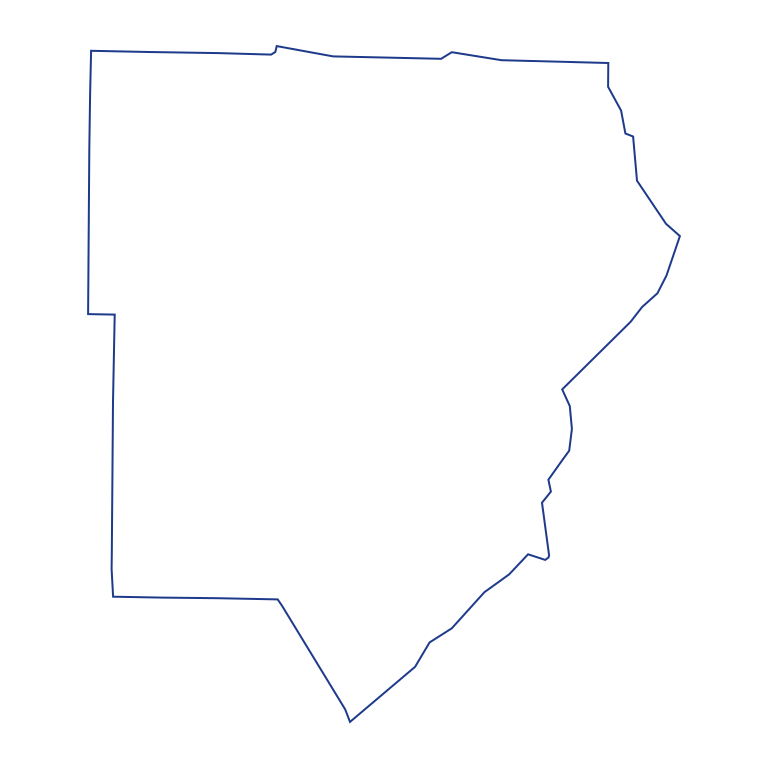 Cobb, Georgia, United States of America (Natural Earth projection)
{"feature_id": "52423323B33161385317476", "entity_name": "Cobb", "entity_type": "district", "adm_level": 2, "iso_a3": "USA", "parent_name": "United States of America", "parent_adm1": "Georgia", "projection": "natural_earth1", "projection_center": [-84.542, 33.913], "detail": "fine", "context": "isolated", "style": "outline", "palette": "blue", "viewbox_px": 768, "rotation_deg": 0, "n_neighbors": 0, "source": "geoboundaries", "source_scale": "gbopen_adm2", "svg_char_len": 789}
<svg xmlns="http://www.w3.org/2000/svg" viewBox="0 0 768 768"><path d="M91.1,50.8L90.1,94.7L89.3,149.6L88.1,314.1L114.7,314.6L113.0,402.0L111.8,554.0L111.6,568.9L113.1,596.7L162.0,597.6L217.5,598.2L277.7,599.4L282.1,605.9L345.2,709.4L350.0,721.9L415.1,666.8L429.6,642.4L451.8,628.3L484.4,592.2L509.1,574.4L528.1,554.3L545.2,559.9L548.5,557.5L549.1,555.5L542.0,502.7L550.9,491.6L548.4,479.7L562.6,459.7L569.2,450.7L571.9,428.9L569.8,406.1L562.2,389.4L630.6,321.8L642.2,306.9L657.4,293.3L666.5,275.5L679.9,236.1L666.0,223.8L637.0,180.7L633.1,136.5L625.4,133.5L621.1,110.6L608.1,86.8L608.3,63.0L501.5,60.2L451.8,52.2L441.1,58.8L414.2,58.2L360.6,57.0L360.3,57.0L333.2,56.4L276.7,46.1L275.3,52.0L271.1,54.6L218.6,53.1L148.7,52.0L91.1,50.8Z" fill="none" stroke="#1e3a8a" stroke-width="2"/></svg>